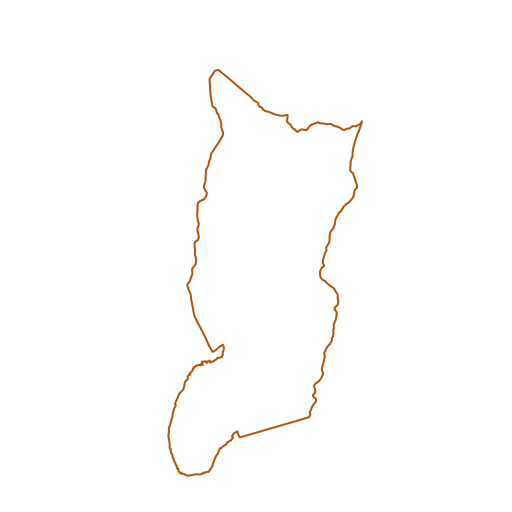 outline of Fuquene, Cundinamarca, Colombia, rotated 161°
{"feature_id": "7082276B76797712336992", "entity_name": "Fuquene", "entity_type": "district", "adm_level": 2, "iso_a3": "COL", "parent_name": "Colombia", "parent_adm1": "Cundinamarca", "projection": "mercator", "projection_center": [-73.763, 5.409], "detail": "fine", "context": "isolated", "style": "outline", "palette": "amber", "viewbox_px": 512, "rotation_deg": 161, "n_neighbors": 0, "source": "geoboundaries", "source_scale": "gbopen_adm2", "svg_char_len": 6049}
<svg xmlns="http://www.w3.org/2000/svg" viewBox="0 0 512 512"><g transform="rotate(161 256 256)"><path d="M330.2,89.7L258.6,86.3L256.2,88.4L256.0,90.6L255.8,91.0L254.5,92.2L252.5,94.7L251.4,95.8L249.3,97.4L247.1,98.7L246.3,99.5L246.0,100.6L245.9,101.6L247.4,103.7L247.7,104.7L247.6,105.4L247.4,105.9L246.6,106.5L244.9,107.2L243.7,109.5L243.5,114.1L242.9,115.0L241.8,115.7L240.9,116.2L238.1,116.9L236.3,117.7L234.8,118.8L231.3,122.0L230.9,122.7L230.7,127.4L229.9,128.9L228.4,131.1L224.1,137.7L223.5,139.3L223.4,141.5L223.0,142.2L221.5,143.5L220.0,145.4L217.5,147.3L214.8,148.7L213.6,149.9L212.6,150.5L210.5,154.2L209.2,155.1L208.1,157.4L207.3,160.2L205.8,162.6L205.0,165.4L203.4,167.7L201.5,169.6L200.3,171.5L198.3,175.5L198.0,176.6L198.8,179.1L199.0,180.2L198.8,181.0L197.1,182.2L195.7,182.7L194.8,183.3L194.0,184.1L193.1,185.5L192.5,189.5L191.9,191.0L191.4,193.2L191.6,194.8L192.3,196.6L192.4,198.0L192.7,199.3L193.1,200.7L194.7,202.4L196.7,205.4L197.6,207.0L198.6,209.7L200.1,211.0L201.1,212.3L201.8,215.0L201.7,216.4L201.2,219.0L200.4,220.5L199.3,221.9L197.9,223.2L197.1,223.7L195.3,224.2L194.8,224.6L194.6,225.0L195.1,227.0L194.9,228.2L194.1,230.1L192.8,232.1L189.6,236.6L187.7,238.1L187.3,238.8L187.2,240.6L186.8,241.2L182.6,244.8L181.1,247.5L179.9,251.2L179.1,252.1L178.4,253.6L177.3,254.9L174.1,257.0L172.4,258.7L170.7,261.2L169.4,263.9L168.3,265.5L165.2,268.1L163.2,270.2L160.8,270.8L157.4,273.8L154.3,275.6L150.8,276.4L147.6,278.1L146.0,279.2L144.4,280.8L143.7,281.8L142.6,283.5L141.9,285.2L141.3,286.2L138.1,287.9L137.4,291.0L137.5,293.1L137.4,303.2L138.2,303.8L138.7,304.8L139.0,305.9L138.9,306.8L136.7,311.9L135.8,314.4L134.2,316.7L132.2,318.9L131.1,322.2L128.4,327.2L127.1,328.8L125.2,331.9L123.1,334.7L121.6,336.5L120.8,337.9L118.2,340.3L116.9,342.2L113.1,347.0L111.6,349.5L112.4,348.4L113.4,347.6L114.7,346.9L116.0,346.6L119.5,346.2L121.1,346.7L122.4,347.4L124.9,346.5L126.4,346.2L128.3,346.7L131.2,346.4L131.9,346.6L132.8,347.1L134.7,349.8L135.5,350.3L136.0,351.0L137.0,351.7L137.5,352.3L138.9,352.9L139.4,353.3L141.9,356.1L142.6,356.7L145.6,357.3L149.7,359.6L152.3,360.7L153.6,362.2L160.3,362.2L161.5,362.0L163.5,361.1L165.4,359.6L166.3,359.4L167.2,358.7L167.8,358.8L170.0,360.1L171.7,360.8L175.0,360.4L176.4,359.8L177.6,361.6L178.1,363.3L178.9,363.7L179.4,364.3L180.2,366.2L180.5,368.4L182.9,372.8L182.8,374.0L181.4,376.0L180.7,377.5L180.4,379.1L183.5,379.6L186.1,380.2L190.4,382.6L193.2,384.7L197.1,388.3L198.5,389.0L200.3,390.2L200.7,390.8L201.4,391.9L202.3,394.8L203.5,395.5L204.3,396.5L204.5,397.1L204.3,399.9L204.7,400.8L207.2,403.6L210.3,410.1L212.5,413.2L224.4,433.5L230.9,444.1L234.5,444.5L236.8,442.7L240.8,439.7L242.4,438.3L246.0,425.1L246.6,423.1L247.0,420.0L247.6,417.7L247.8,414.7L248.4,411.9L246.6,409.2L246.1,407.4L246.4,404.2L245.7,402.9L245.5,402.1L245.7,398.8L245.4,395.7L245.8,392.7L247.0,388.3L247.1,386.8L246.9,385.7L246.9,384.1L247.2,382.4L247.5,381.7L249.2,379.8L255.3,374.7L258.1,372.8L261.6,369.8L264.7,367.8L267.7,362.7L269.4,360.9L271.6,357.0L274.2,354.8L274.8,354.1L275.3,353.2L276.8,350.0L279.2,343.6L282.7,338.6L282.9,337.5L282.8,336.4L282.0,332.5L282.0,331.6L283.0,329.5L283.6,328.8L286.2,326.8L287.7,326.3L290.2,326.3L291.1,326.1L293.4,325.2L294.1,324.4L298.1,314.4L298.7,312.4L299.4,308.6L299.5,305.6L299.8,304.6L302.6,300.8L302.9,300.0L303.1,299.1L303.5,294.5L303.9,292.5L304.6,291.4L305.6,290.2L306.3,289.8L307.9,289.5L308.7,289.1L309.7,288.4L310.0,287.9L310.6,286.2L311.6,281.7L313.2,277.5L313.3,276.7L313.4,273.6L313.7,272.5L315.1,268.9L315.8,268.0L317.9,266.3L320.1,265.0L320.5,264.7L321.0,263.7L321.8,260.5L322.5,259.2L326.5,254.2L327.6,253.0L329.6,252.0L330.2,251.4L330.6,250.5L330.7,248.1L330.2,241.3L331.3,236.9L332.7,226.7L333.6,221.1L333.7,219.3L332.9,212.0L331.9,206.4L330.4,194.7L329.6,186.7L328.4,179.9L328.1,179.6L327.1,179.5L323.7,180.5L319.4,182.3L317.5,182.7L316.2,182.7L316.1,182.2L316.2,180.6L316.6,178.8L317.0,178.0L317.6,177.1L318.8,175.8L319.3,174.5L319.3,173.6L319.6,173.2L320.5,172.8L320.7,172.2L321.4,171.7L323.0,171.7L325.5,172.1L325.7,171.9L326.4,171.7L327.2,171.1L328.2,171.1L329.2,170.6L332.8,170.2L334.0,170.4L333.7,171.5L334.1,172.1L334.7,171.7L335.5,172.0L336.2,172.1L336.9,171.1L337.5,171.4L337.9,172.8L338.8,173.1L340.4,173.2L340.8,173.5L341.5,173.6L341.7,173.3L341.8,172.9L341.5,170.9L341.8,170.4L342.6,170.7L343.2,171.6L343.7,171.8L343.9,171.6L344.0,170.9L346.6,171.7L348.2,171.8L348.7,171.3L349.5,171.1L351.1,171.2L351.1,170.5L351.4,170.1L351.8,169.9L352.5,169.9L353.1,168.5L356.7,166.5L357.0,166.2L356.7,165.6L356.7,165.3L358.2,165.4L360.1,163.9L360.4,162.0L360.8,161.6L361.4,161.5L362.8,160.8L364.1,159.9L365.0,158.7L366.1,156.3L368.0,153.8L368.9,153.0L372.7,151.2L374.3,149.8L376.8,146.8L379.2,144.5L380.8,142.3L380.5,141.5L380.6,140.9L380.8,140.4L381.3,139.9L383.1,138.4L386.5,133.4L387.2,131.3L388.9,129.2L392.3,124.3L393.1,122.8L394.2,122.3L395.4,118.6L397.5,114.1L398.5,107.9L399.1,105.5L400.0,103.1L399.9,101.9L399.4,101.6L399.5,101.0L399.6,100.6L400.1,100.1L400.0,98.8L400.4,98.1L400.3,96.9L399.8,95.6L399.8,94.8L400.4,93.0L400.0,90.5L400.2,88.0L399.6,86.5L399.9,85.4L399.9,85.0L399.3,83.6L399.7,82.6L399.5,82.0L399.7,81.0L399.6,80.6L399.1,80.7L398.8,80.1L398.8,79.8L399.1,79.5L398.9,78.5L399.3,77.4L398.9,76.8L398.7,76.8L398.5,76.5L398.5,75.7L398.4,75.3L398.1,75.1L397.0,75.2L397.0,74.6L396.6,74.1L396.0,73.6L394.7,73.0L393.1,71.1L391.6,70.3L385.0,69.4L382.8,68.8L380.5,67.8L379.0,67.5L377.5,68.0L376.5,67.6L375.7,68.0L375.1,68.1L374.6,68.0L374.4,67.7L373.8,67.6L372.6,67.9L371.3,67.5L370.6,67.7L368.3,69.2L367.6,70.1L366.0,71.1L365.3,71.8L364.8,72.9L364.3,73.7L361.9,76.4L361.3,77.4L358.0,80.7L356.8,81.2L356.4,81.6L356.2,82.1L355.2,82.8L354.9,83.5L353.0,85.7L352.1,85.9L351.1,85.8L349.6,86.6L347.4,87.3L345.9,87.4L344.3,88.9L343.6,89.3L342.3,89.3L341.7,89.6L340.1,89.6L339.5,89.9L339.1,90.5L338.4,90.6L337.3,91.3L337.0,92.3L337.3,92.8L337.3,93.5L336.8,93.9L335.4,95.1L334.6,95.5L333.3,95.9L331.4,95.9L331.0,96.2L330.7,95.8L331.0,94.9L330.8,93.1L331.0,92.0L330.8,91.3L330.2,90.2L330.2,89.7Z" fill="none" stroke="#b45309" stroke-width="2"/></g></svg>